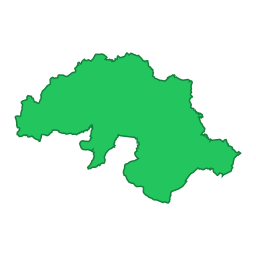 Trieu Son, Thanh Hóa, Vietnam
{"feature_id": "81297802B97142358911210", "entity_name": "Trieu Son", "entity_type": "district", "adm_level": 2, "iso_a3": "VNM", "parent_name": "Vietnam", "parent_adm1": "Thanh Hóa", "projection": "orthographic", "projection_center": [105.571, 19.802], "detail": "fine", "context": "isolated", "style": "filled", "palette": "green", "viewbox_px": 256, "rotation_deg": 0, "n_neighbors": 0, "source": "geoboundaries", "source_scale": "gbopen_adm2", "svg_char_len": 5763}
<svg xmlns="http://www.w3.org/2000/svg" viewBox="0 0 256 256"><path d="M191.4,89.4L191.0,86.1L192.2,82.3L191.6,81.1L190.3,80.8L189.6,81.4L189.7,80.5L187.9,79.5L183.3,80.2L181.7,80.0L178.5,78.6L176.2,77.0L174.9,77.5L174.1,76.1L174.8,75.4L174.4,75.0L173.6,75.5L172.9,74.9L170.3,76.6L169.2,76.5L168.4,78.0L167.9,77.5L167.6,77.6L167.5,78.7L165.2,81.0L160.2,80.3L159.5,80.5L159.0,79.8L155.0,78.3L153.9,76.7L152.6,76.2L153.3,72.8L153.0,72.8L152.8,69.8L152.1,69.1L151.5,69.1L150.7,67.4L148.7,66.3L147.7,60.8L146.0,60.9L145.3,61.6L143.8,60.7L143.1,60.7L141.3,58.2L138.4,55.4L137.5,55.7L135.8,55.5L135.2,54.9L133.4,54.5L132.8,53.8L130.8,53.3L129.3,54.7L128.6,54.8L127.5,53.2L126.6,53.1L124.5,56.6L122.6,56.9L121.7,57.6L120.8,57.4L120.1,57.7L118.0,55.9L117.2,57.1L117.5,57.8L116.8,59.4L115.2,58.8L115.0,60.5L114.7,61.0L113.5,61.5L112.6,61.0L112.5,60.7L113.1,60.7L112.8,60.2L111.8,59.7L111.4,60.1L112.1,60.7L111.8,61.2L110.4,59.7L109.6,59.3L109.0,60.0L107.7,59.5L106.6,59.8L105.2,59.4L106.9,57.3L104.4,55.1L102.7,54.2L101.4,54.0L100.0,54.4L95.9,54.3L95.4,54.7L93.2,58.6L90.9,61.1L88.5,59.8L86.5,60.6L85.3,60.5L84.5,59.3L83.5,59.9L81.9,61.7L81.0,63.9L80.3,63.9L79.2,62.4L78.2,62.6L77.8,63.9L78.3,65.3L77.4,65.3L76.8,66.8L75.0,68.1L74.9,69.0L75.8,70.5L75.5,71.5L74.9,72.2L72.4,72.6L68.0,76.0L66.8,76.4L64.9,76.2L63.5,75.2L58.9,75.0L58.2,75.5L57.7,77.8L55.1,78.0L54.1,78.5L53.1,77.5L52.5,77.4L50.9,78.3L50.1,79.8L50.4,82.9L50.2,84.1L47.3,85.8L44.9,88.9L42.5,91.1L41.5,93.9L40.8,94.9L41.2,96.5L41.0,97.1L41.3,98.4L40.3,99.8L39.4,102.2L38.7,103.3L37.8,103.4L36.1,102.0L34.3,101.9L33.1,98.2L32.0,98.0L31.4,97.2L31.5,96.4L27.9,95.7L26.9,97.1L27.1,99.5L22.4,101.1L21.6,101.8L21.3,102.8L22.6,104.6L22.0,107.7L22.2,108.9L20.9,113.0L21.0,114.4L20.5,116.1L20.2,116.4L17.2,116.0L15.5,116.5L15.4,117.8L16.3,119.9L16.8,123.4L16.8,125.7L17.2,126.3L17.2,127.0L17.7,127.7L19.1,127.7L19.7,128.6L19.1,130.5L17.3,132.5L17.2,134.6L18.3,134.9L19.3,136.5L22.0,136.2L24.0,134.9L25.5,135.5L26.7,134.9L27.4,135.4L27.5,136.2L28.0,136.9L29.2,136.9L30.3,136.5L30.7,136.7L31.9,136.0L34.9,138.7L38.7,140.2L39.1,140.5L39.2,141.3L39.6,141.2L40.0,141.1L40.7,138.3L41.2,137.6L41.3,135.4L41.8,134.6L44.2,134.6L46.9,135.6L47.7,135.4L49.1,134.7L49.4,133.9L50.1,133.6L50.4,133.0L51.8,132.3L51.9,131.4L52.6,130.2L56.0,130.1L58.6,130.6L58.5,131.3L59.2,132.2L62.2,133.1L65.0,133.4L66.2,134.1L70.6,133.3L71.9,133.8L72.4,134.3L74.9,134.1L76.6,134.7L77.8,133.7L78.7,133.6L79.4,132.8L79.8,133.0L80.0,132.6L81.0,132.4L81.5,131.6L82.8,132.0L83.2,131.6L83.6,132.0L84.0,131.0L85.4,130.3L85.9,130.7L86.5,130.1L87.1,130.4L87.2,129.8L87.7,129.9L89.4,128.6L89.0,127.8L89.4,127.1L90.1,127.1L90.6,126.0L91.4,126.0L91.3,127.1L91.6,127.5L91.4,125.1L92.4,125.2L92.3,127.1L92.8,128.6L91.4,130.6L91.1,134.0L90.1,136.3L91.6,137.7L90.4,138.8L90.4,140.0L88.4,141.6L86.4,141.2L85.2,141.4L83.6,140.8L81.7,141.0L80.3,142.0L80.3,142.9L79.7,143.7L81.1,147.7L82.3,149.1L83.1,149.5L86.1,149.8L88.0,149.5L90.9,150.6L92.1,150.4L92.8,149.7L92.5,151.0L92.1,151.4L94.1,152.5L93.4,154.2L94.1,155.0L94.0,156.6L94.3,157.0L93.6,158.0L93.0,159.9L91.7,161.1L91.7,162.3L90.5,163.9L90.4,164.6L87.7,167.3L88.3,168.9L89.5,168.4L90.3,168.6L92.3,167.3L95.4,167.2L96.8,166.6L98.1,164.9L98.6,164.9L99.2,165.5L99.7,165.6L100.5,164.1L101.6,163.4L104.4,163.0L105.1,159.7L104.4,158.0L104.4,156.9L105.7,153.5L108.6,149.8L110.0,148.9L111.7,148.4L112.8,147.0L114.2,147.1L113.9,146.6L114.3,146.0L115.0,145.7L113.7,143.9L114.5,142.9L114.9,140.5L116.1,139.3L116.3,138.1L117.8,137.0L118.2,135.9L117.9,135.2L118.5,134.8L120.6,135.7L134.9,137.4L135.7,138.8L137.0,138.4L137.3,142.9L138.7,142.4L139.2,144.7L137.5,145.3L138.1,148.0L136.5,148.3L136.9,151.2L135.7,151.7L134.8,152.9L135.1,154.9L135.7,155.8L136.6,157.1L138.5,158.6L134.4,160.8L131.8,161.2L129.4,162.2L127.9,163.5L126.0,164.0L125.0,164.7L124.6,166.6L124.6,168.1L123.6,170.8L123.4,172.5L124.0,175.1L125.8,175.9L127.0,179.3L129.2,182.3L131.6,183.2L133.4,183.3L135.3,185.7L136.7,186.6L140.6,186.3L142.1,186.5L143.0,187.0L143.6,188.1L143.3,191.1L143.6,192.7L145.5,194.8L147.6,196.0L149.0,197.3L151.8,198.3L153.6,199.7L156.9,200.0L163.0,202.5L164.8,201.8L167.0,202.8L168.4,202.9L169.6,201.3L169.5,200.6L170.0,198.9L169.7,198.2L170.1,196.6L170.9,195.4L170.6,194.7L171.0,192.2L172.1,191.3L178.6,188.9L182.7,186.3L186.6,181.3L185.4,180.8L189.5,175.1L190.7,173.7L193.2,172.4L197.8,168.0L198.5,168.3L199.3,169.1L200.6,168.8L202.8,169.7L204.3,169.4L204.9,168.7L206.7,168.2L207.7,168.8L209.5,168.8L209.7,169.6L210.2,169.8L210.6,169.5L210.8,168.2L211.1,168.2L211.4,169.0L212.4,168.7L213.2,168.9L213.3,171.0L213.8,172.2L215.4,173.3L217.1,175.2L217.7,175.3L218.7,174.4L219.6,173.0L222.6,174.0L222.4,176.1L223.6,174.8L231.0,171.2L231.8,168.5L232.7,167.7L231.5,165.5L232.8,164.7L234.0,158.5L237.5,154.8L238.1,155.2L240.6,153.2L238.7,151.7L237.8,152.5L236.3,152.6L234.0,149.9L232.4,149.2L232.4,147.4L230.6,146.4L228.2,145.7L228.3,144.2L227.7,143.9L226.6,141.8L226.5,140.6L226.0,139.6L224.4,140.0L223.3,141.7L219.8,139.4L213.3,140.2L211.9,140.2L211.4,139.8L210.2,140.8L210.6,139.5L210.4,139.1L208.4,139.3L208.0,137.5L206.5,137.5L206.4,136.6L207.3,136.0L206.4,134.6L204.6,134.2L204.6,135.6L204.3,135.9L203.6,134.8L201.2,134.8L201.6,133.8L203.1,132.1L204.1,131.7L204.8,128.5L202.9,126.2L201.9,124.0L200.8,122.8L200.1,121.3L199.9,120.0L199.4,119.4L199.7,118.1L198.6,117.2L199.7,116.9L201.3,117.8L201.7,117.0L202.7,117.1L202.8,116.7L202.4,116.3L202.3,114.9L202.0,114.5L199.9,113.2L199.3,114.4L198.5,114.5L198.3,112.9L196.3,112.9L196.5,111.8L195.6,111.4L195.2,110.3L194.1,110.2L193.5,108.5L191.5,108.2L190.6,107.3L191.3,104.9L190.3,102.4L189.6,101.6L189.5,100.5L189.8,99.2L190.5,98.0L192.4,96.9L192.2,96.4L190.6,95.1L190.5,94.6L190.6,93.8L191.5,92.3L191.3,91.3L190.6,90.6L191.4,89.4Z" fill="#22c55e" stroke="#15803d" stroke-width="1.5"/></svg>